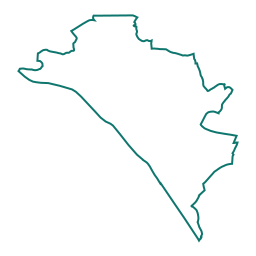 Santa Lucía, Atlántico, Colombia
{"feature_id": "7082276B3816592638323", "entity_name": "Santa Lucía", "entity_type": "district", "adm_level": 2, "iso_a3": "COL", "parent_name": "Colombia", "parent_adm1": "Atlántico", "projection": "robinson", "projection_center": [-74.963, 10.342], "detail": "fine", "context": "isolated", "style": "outline", "palette": "teal", "viewbox_px": 256, "rotation_deg": 0, "n_neighbors": 0, "source": "geoboundaries", "source_scale": "gbopen_adm2", "svg_char_len": 5567}
<svg xmlns="http://www.w3.org/2000/svg" viewBox="0 0 256 256"><path d="M151.6,40.5L150.6,41.0L149.9,41.1L149.3,41.0L148.7,40.9L148.3,40.7L147.8,40.4L147.6,40.3L147.3,40.2L147.0,40.2L145.5,40.5L145.2,40.7L144.7,41.0L144.4,41.1L143.5,41.2L142.8,41.1L142.2,41.0L141.5,40.7L140.9,40.3L140.2,39.9L139.4,39.3L138.9,39.0L138.5,38.5L138.0,37.8L137.4,36.9L136.8,35.6L136.5,35.0L136.4,34.4L136.3,33.9L136.4,33.7L136.8,32.6L136.9,32.0L137.0,31.7L137.0,31.3L136.9,30.8L136.7,30.4L136.6,29.9L136.3,29.0L136.3,28.2L136.4,27.2L136.4,26.9L136.4,26.7L136.2,26.5L136.0,26.4L135.2,26.4L134.8,26.4L134.5,26.3L134.0,26.0L133.8,25.8L133.7,25.5L133.8,25.4L134.4,25.0L134.9,24.9L135.2,24.8L135.4,24.6L135.5,24.4L135.5,24.1L135.0,22.8L134.7,22.4L134.3,22.1L134.5,21.6L135.9,19.3L137.3,17.4L136.8,17.2L136.3,16.9L134.5,16.0L132.8,15.4L132.2,15.4L131.2,15.4L95.0,15.7L93.7,15.6L93.3,16.2L93.2,16.7L93.1,17.4L93.1,18.0L93.2,18.5L93.6,19.3L94.4,20.3L92.8,20.0L91.5,20.0L90.2,20.1L89.3,20.3L88.2,20.8L87.1,21.4L82.9,23.8L74.2,29.3L71.3,31.0L72.6,32.8L73.3,33.7L75.2,35.9L75.8,36.5L76.1,37.0L76.6,37.8L76.7,38.0L76.7,38.5L76.5,39.2L75.9,40.2L75.3,41.6L75.0,42.0L74.9,42.2L74.6,42.4L73.9,42.9L73.6,43.2L73.4,43.4L73.3,43.7L73.3,44.3L73.4,45.3L73.5,47.5L73.7,48.0L74.0,49.1L74.1,49.6L74.1,49.9L74.1,50.1L73.9,50.5L73.7,50.7L73.5,50.8L73.3,50.8L72.2,50.8L71.8,50.8L71.3,51.1L70.7,51.3L69.8,52.1L69.2,52.5L68.8,52.7L68.3,52.8L67.0,52.7L66.5,52.8L66.1,52.9L65.5,53.2L64.5,53.8L64.2,54.0L63.4,54.2L62.8,54.3L62.4,54.2L61.8,54.0L60.7,53.5L60.2,53.4L58.5,53.1L57.1,52.7L55.7,52.4L52.4,51.8L50.7,51.5L49.9,51.3L49.2,51.1L48.2,50.6L47.7,50.4L47.2,49.9L46.6,49.8L45.9,49.7L45.2,49.8L44.8,49.9L43.8,50.0L43.4,50.1L43.0,50.3L42.1,50.8L41.2,51.4L40.7,51.8L39.9,52.4L38.3,53.3L37.9,53.4L37.7,56.0L37.5,59.1L37.4,60.8L38.1,60.8L39.1,61.0L40.0,61.1L40.3,61.2L41.3,62.1L41.8,62.7L42.3,63.4L42.4,63.9L42.6,65.7L42.6,66.0L42.4,66.4L42.0,66.5L41.4,67.4L40.9,68.2L40.2,68.9L39.9,69.0L39.4,69.0L38.7,69.4L38.0,69.7L37.4,69.9L36.8,70.0L35.5,70.2L34.9,70.2L33.7,70.0L33.2,69.9L32.7,69.8L31.8,69.4L31.5,69.5L30.6,69.5L29.9,69.4L28.7,69.4L27.9,69.3L26.7,69.2L26.1,69.1L25.4,68.9L23.3,68.5L21.3,68.6L19.8,68.8L19.5,69.7L19.0,70.3L18.5,71.1L24.8,76.7L29.3,79.9L32.9,81.6L36.1,82.2L40.8,82.8L48.3,83.1L59.7,85.8L72.0,89.4L75.9,91.8L81.0,96.5L95.5,112.0L100.5,117.5L105.6,121.5L110.4,123.7L112.9,125.5L119.7,133.8L128.4,144.9L137.0,154.7L142.8,159.6L142.8,159.8L146.6,162.4L147.8,163.6L149.8,166.4L152.1,170.6L154.7,175.0L156.9,178.0L160.4,183.7L160.7,183.3L174.5,203.7L184.0,217.6L198.0,238.8L199.0,240.6L199.5,239.8L200.3,239.1L200.2,238.9L201.1,238.0L201.3,237.5L201.2,237.5L201.0,237.2L200.9,237.1L200.9,236.7L201.0,236.4L201.1,236.2L201.4,235.7L202.0,234.4L202.1,234.1L202.0,233.3L201.8,232.7L201.8,232.2L201.6,231.7L201.4,230.9L201.0,230.3L200.6,229.4L200.1,228.6L199.6,227.6L199.3,227.1L199.2,226.7L197.9,222.8L197.6,222.1L197.9,221.5L198.1,220.5L198.3,219.8L198.4,218.6L198.4,217.5L198.3,216.4L198.1,215.3L197.9,214.2L197.7,213.3L197.4,212.3L196.5,210.1L194.7,208.3L193.0,206.9L192.3,206.6L191.8,206.5L191.6,206.4L191.5,206.0L191.7,205.7L192.5,205.1L192.9,204.8L193.4,204.2L194.4,203.3L195.4,202.3L196.3,201.1L196.7,200.6L197.3,199.5L198.5,197.3L199.3,195.4L199.8,194.8L200.3,194.3L200.2,194.3L204.6,190.3L204.5,189.9L204.4,189.2L203.7,186.7L203.2,183.8L205.0,182.3L210.7,175.9L212.7,173.7L214.2,171.9L219.6,168.1L221.8,166.8L224.4,165.7L225.1,165.3L227.0,164.6L228.8,164.2L230.8,163.9L232.1,163.8L232.6,156.2L232.9,155.6L233.5,154.7L232.5,153.3L232.9,152.6L233.4,151.9L233.7,151.3L234.2,150.3L235.0,148.4L235.7,147.0L236.6,145.3L236.8,144.7L237.1,143.9L237.5,142.5L236.8,142.5L234.9,142.8L234.2,143.0L233.6,143.0L236.6,135.8L230.5,134.7L224.5,133.8L219.2,132.9L217.3,132.6L215.9,132.3L210.7,130.9L209.7,130.5L205.3,128.7L204.4,128.2L203.1,127.1L202.2,126.4L201.5,125.6L200.8,124.7L200.7,124.4L202.5,121.1L204.1,117.9L204.9,116.4L205.5,115.4L205.7,114.8L206.1,114.1L207.0,113.3L207.7,112.7L208.3,112.3L208.9,112.1L210.0,111.8L210.8,111.7L212.4,111.6L213.2,111.5L213.7,111.6L215.0,111.9L218.6,113.3L218.8,112.2L219.2,111.9L219.9,111.3L220.8,110.3L221.6,108.9L221.8,108.2L221.9,107.5L221.9,106.8L221.9,106.1L222.0,105.3L222.0,104.8L222.6,103.6L223.4,102.5L223.9,101.8L224.6,101.1L225.1,100.3L226.0,99.3L226.6,98.7L228.4,96.6L228.8,95.9L229.1,95.3L229.5,94.7L230.2,94.0L230.9,93.5L231.0,93.4L232.5,89.9L231.9,89.3L231.0,88.4L230.2,87.7L229.7,87.4L229.3,87.2L228.9,87.1L228.3,87.1L227.4,87.2L226.8,87.4L225.1,88.8L224.1,85.1L224.7,84.4L225.0,83.7L224.8,83.9L223.9,84.3L223.4,84.3L221.9,84.1L221.2,84.0L220.7,84.0L219.5,84.1L219.0,84.3L218.3,84.6L217.7,84.9L215.9,86.2L214.9,86.8L214.6,87.1L214.1,87.5L213.1,88.0L211.5,89.0L210.5,89.5L209.1,90.5L208.8,90.7L207.8,91.0L207.2,90.5L207.0,90.0L206.2,89.0L205.3,88.1L203.7,86.2L203.5,85.7L203.3,84.9L203.2,84.5L203.2,82.0L203.0,80.9L202.8,80.0L202.8,79.3L202.6,79.1L202.4,78.9L202.1,78.2L202.1,77.9L201.9,77.4L200.8,75.6L200.5,74.4L200.3,73.2L200.2,72.6L199.9,71.7L199.8,71.0L198.9,68.7L198.5,67.8L198.2,67.2L197.8,66.4L197.6,65.7L197.4,64.6L197.1,63.4L195.5,63.5L195.5,62.2L195.4,61.4L194.9,59.8L194.4,59.3L194.1,58.4L194.0,57.0L193.8,56.4L193.8,55.8L193.7,55.3L193.6,53.8L190.6,54.8L188.5,55.4L187.4,55.6L187.0,55.6L185.1,55.3L184.5,55.3L184.1,55.4L182.8,55.5L181.0,54.8L180.5,54.7L179.0,54.2L177.5,53.7L174.8,53.0L173.0,52.8L172.3,52.5L171.4,52.3L170.4,51.9L168.7,51.0L168.1,50.6L167.2,50.0L166.3,49.5L166.2,49.4L165.9,49.3L161.4,49.1L159.7,49.1L157.8,48.8L155.7,48.7L154.3,48.5L151.7,48.7L151.2,43.3L151.5,41.8L151.6,40.5Z" fill="none" stroke="#0f766e" stroke-width="2"/></svg>